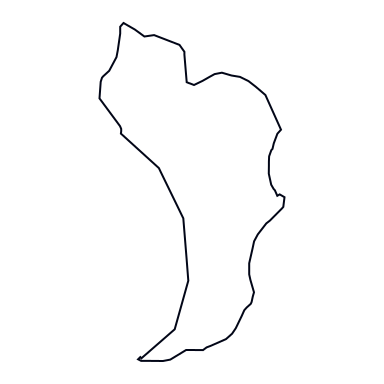 Tanta 1, Al Gharbiyah, Egypt (Equal Earth projection)
{"feature_id": "37247803B50363997957176", "entity_name": "Tanta 1", "entity_type": "district", "adm_level": 2, "iso_a3": "EGY", "parent_name": "Egypt", "parent_adm1": "Al Gharbiyah", "projection": "equal_earth", "projection_center": [31.01, 30.795], "detail": "fine", "context": "isolated", "style": "outline", "palette": "ink", "viewbox_px": 384, "rotation_deg": 0, "n_neighbors": 0, "source": "geoboundaries", "source_scale": "gbopen_adm2", "svg_char_len": 1258}
<svg xmlns="http://www.w3.org/2000/svg" viewBox="0 0 384 384"><path d="M120.9,133.6L158.9,168.1L160.6,171.7L177.8,207.0L182.5,216.7L183.3,218.3L186.6,258.8L188.3,280.7L184.0,296.1L174.7,329.3L141.4,358.3L140.3,357.1L138.1,359.3L141.2,360.9L144.9,360.9L150.9,360.9L163.0,361.0L170.3,359.6L186.1,350.0L190.9,350.0L203.0,350.1L206.6,347.4L210.3,346.0L226.0,339.1L232.1,333.7L235.8,328.2L241.8,315.8L244.3,310.2L246.7,307.5L250.8,303.8L251.6,302.0L252.8,296.5L254.0,292.3L250.4,279.9L249.2,274.4L249.2,268.9L249.2,263.3L252.6,248.3L254.1,241.3L257.8,234.4L266.3,223.4L269.9,220.6L282.1,208.3L283.3,206.9L284.5,197.2L279.7,194.4L277.3,195.8L274.9,190.3L273.6,188.9L271.2,184.7L270.0,179.2L268.8,173.7L268.9,165.4L268.9,161.9L269.1,156.6L269.2,156.1L271.3,150.2L272.5,148.9L273.8,143.3L277.4,133.7L281.0,129.7L265.4,95.0L255.7,86.7L248.5,81.1L240.0,76.9L231.5,75.5L221.9,72.7L214.6,74.1L209.7,76.8L202.5,80.9L194.0,85.0L189.9,83.4L189.4,83.3L186.7,82.2L184.4,54.6L184.4,51.8L179.5,44.9L165.0,39.3L154.1,35.1L144.4,36.5L134.8,29.5L123.5,23.0L120.2,26.7L120.2,29.5L120.2,33.6L119.0,41.9L117.8,50.2L116.5,57.1L109.2,70.8L103.2,76.3L102.0,77.7L100.7,81.8L99.5,98.4L120.0,126.1L121.2,128.9L121.2,131.2L120.9,133.6Z" fill="none" stroke="#020617" stroke-width="2"/></svg>